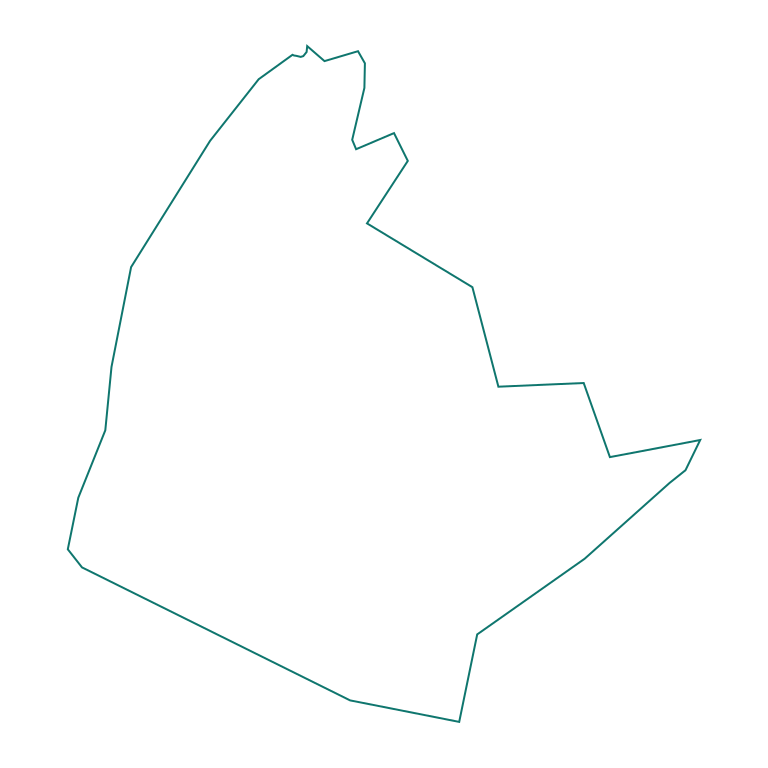 San Miguel del Río, Oaxaca, Mexico (Natural Earth projection)
{"feature_id": "50627088B44096778996990", "entity_name": "San Miguel del Río", "entity_type": "district", "adm_level": 2, "iso_a3": "MEX", "parent_name": "Mexico", "parent_adm1": "Oaxaca", "projection": "natural_earth1", "projection_center": [-96.573, 17.33], "detail": "fine", "context": "isolated", "style": "outline", "palette": "teal", "viewbox_px": 768, "rotation_deg": 0, "n_neighbors": 0, "source": "geoboundaries", "source_scale": "gbopen_adm2", "svg_char_len": 566}
<svg xmlns="http://www.w3.org/2000/svg" viewBox="0 0 768 768"><path d="M67.8,549.3L82.0,567.4L350.1,700.4L459.2,721.9L477.2,634.4L584.7,558.7L669.5,483.0L685.5,470.2L700.2,440.0L667.1,446.3L609.9,457.1L583.7,383.0L498.4,386.7L472.4,287.2L367.0,223.4L407.8,160.9L394.0,133.1L356.1,149.2L352.2,139.8L364.4,87.9L364.9,63.3L358.0,51.2L324.5,61.1L307.2,46.1L306.6,52.0L303.3,56.1L300.7,56.9L297.8,56.2L296.1,55.8L294.0,55.5L292.5,54.8L258.7,79.2L210.1,140.8L131.1,267.1L111.5,366.9L105.3,430.3L78.3,497.7L67.8,549.3Z" fill="none" stroke="#0f766e" stroke-width="2"/></svg>